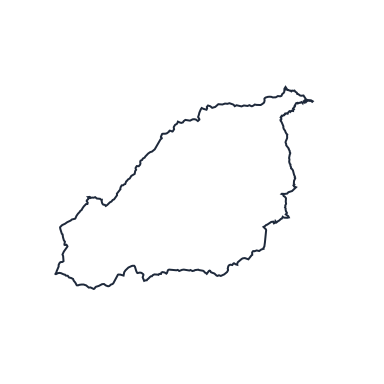 Subachoque, Cundinamarca, Colombia, rotated 210°
{"feature_id": "7082276B58958206907814", "entity_name": "Subachoque", "entity_type": "district", "adm_level": 2, "iso_a3": "COL", "parent_name": "Colombia", "parent_adm1": "Cundinamarca", "projection": "mercator", "projection_center": [-74.164, 4.965], "detail": "fine", "context": "isolated", "style": "outline", "palette": "slate", "viewbox_px": 384, "rotation_deg": 210, "n_neighbors": 0, "source": "geoboundaries", "source_scale": "gbopen_adm2", "svg_char_len": 6070}
<svg xmlns="http://www.w3.org/2000/svg" viewBox="0 0 384 384"><g transform="rotate(210 192 192)"><path d="M163.5,329.7L163.6,327.7L162.2,324.9L162.2,323.5L162.8,322.1L162.6,320.0L163.4,319.0L165.6,318.0L166.8,315.9L169.3,314.3L170.8,314.1L172.3,313.4L173.8,312.4L175.4,310.7L175.9,309.6L175.9,308.9L174.8,307.4L174.3,305.5L175.0,303.6L176.0,301.7L179.4,299.8L181.4,299.1L182.0,297.6L182.9,296.3L183.5,296.0L185.7,295.9L186.9,294.3L190.3,292.9L191.9,290.9L196.8,289.4L197.9,287.7L199.5,288.3L200.4,288.3L204.0,287.6L205.4,286.1L207.6,285.1L209.4,283.0L213.1,281.2L214.4,277.3L216.6,275.0L219.0,275.4L221.4,274.9L221.7,273.1L220.7,272.0L220.6,270.5L223.8,269.7L225.6,269.6L225.7,268.1L225.3,264.5L224.6,262.1L224.2,260.0L222.2,258.9L221.8,258.4L222.4,256.4L224.9,256.7L226.6,256.1L227.8,255.2L229.4,252.8L233.8,251.1L234.6,249.3L234.7,247.7L235.8,246.5L236.8,246.2L239.4,245.9L239.1,243.9L239.2,243.4L240.2,241.7L240.3,239.4L240.0,238.6L238.9,237.4L239.0,234.9L239.3,234.5L240.9,234.3L242.0,234.0L242.2,233.5L242.1,232.7L243.1,230.3L244.0,229.3L246.4,227.9L246.9,227.2L246.5,224.2L246.3,223.9L245.3,223.7L245.0,223.3L245.6,221.9L245.6,210.3L246.9,206.9L248.1,205.7L249.2,203.4L250.2,199.3L250.2,198.1L251.3,196.3L251.2,194.9L252.2,193.4L251.9,192.1L251.0,191.1L250.6,189.7L251.0,187.7L252.8,186.8L252.9,184.8L252.5,184.0L251.5,183.3L251.7,181.8L250.7,179.0L252.6,175.6L252.7,172.6L253.8,170.6L253.8,169.5L254.3,168.2L253.8,165.5L254.5,164.8L255.1,163.3L256.2,162.6L256.2,160.5L255.7,158.8L255.4,158.6L256.2,153.0L255.3,151.7L255.8,146.7L256.7,145.4L257.0,143.4L257.9,142.1L258.9,138.5L259.7,136.8L261.0,137.3L262.5,136.7L263.3,136.9L264.2,137.4L265.5,138.7L266.2,140.2L266.8,139.8L268.3,140.1L271.1,138.8L273.3,139.1L274.2,138.0L275.9,137.1L277.0,136.0L277.7,136.6L278.2,136.6L279.4,135.7L278.6,135.5L278.3,135.0L278.4,134.5L278.7,134.6L278.4,133.7L278.9,132.2L278.7,131.5L276.9,130.5L276.6,129.3L277.7,128.6L278.5,125.4L278.7,122.8L278.6,121.3L279.3,119.7L279.3,118.6L279.9,116.1L280.1,113.4L279.8,110.9L279.9,110.4L282.3,108.1L282.8,106.6L285.0,103.4L286.1,101.0L287.9,98.4L288.6,95.9L288.5,95.3L287.5,94.1L283.8,90.7L282.9,90.6L281.1,88.3L278.8,86.1L277.2,85.4L276.4,83.0L276.0,82.5L275.4,82.6L274.5,83.5L273.4,83.2L272.6,82.5L273.2,76.4L272.9,73.1L271.6,72.1L268.7,67.9L269.2,66.7L270.9,65.4L271.2,64.0L271.0,62.1L270.2,60.7L269.6,55.7L269.2,54.3L269.4,53.1L269.2,52.7L268.8,52.8L267.5,54.7L266.3,55.7L264.9,56.2L261.9,56.5L260.6,56.9L259.6,56.5L257.7,57.3L255.8,56.5L253.6,57.1L251.5,57.2L250.2,56.1L247.8,55.2L245.2,53.6L244.1,54.1L243.0,55.4L241.3,56.7L239.5,57.7L236.9,58.2L233.6,57.6L232.2,58.6L228.6,58.9L228.2,59.5L228.0,61.4L227.7,62.0L225.8,64.0L223.8,67.2L222.2,68.3L219.9,68.0L218.0,68.3L217.4,68.5L216.6,69.3L215.9,71.3L214.8,72.6L214.5,73.7L214.8,83.3L214.5,83.7L212.8,84.6L209.5,85.4L210.6,88.7L210.4,91.0L209.3,94.8L207.2,97.8L206.3,98.6L205.1,99.2L204.0,98.7L200.9,95.8L199.2,94.6L198.6,94.6L196.8,96.2L195.3,96.7L193.1,96.4L192.6,96.0L192.1,93.5L189.0,91.1L188.3,92.0L187.0,93.0L187.0,93.9L186.5,95.0L185.9,97.4L185.4,98.5L184.6,99.0L184.4,100.3L183.4,101.8L180.4,103.3L179.6,103.5L179.4,104.7L177.9,105.5L178.2,106.9L177.5,107.9L175.5,108.6L173.4,108.5L173.2,109.4L173.7,112.0L173.5,112.8L172.9,113.4L166.4,116.4L165.4,117.4L163.6,117.2L161.7,119.6L160.3,120.7L155.0,122.7L154.4,123.6L152.1,123.8L150.8,125.0L150.3,125.9L147.7,127.9L146.9,127.9L143.1,129.3L141.7,129.2L140.7,128.7L139.6,128.8L138.3,128.5L137.9,132.0L137.5,132.7L136.9,132.8L135.4,132.0L131.8,132.6L128.9,131.9L127.8,132.2L127.4,133.0L126.9,133.4L125.1,133.7L122.9,136.8L121.6,140.3L121.7,142.3L122.2,143.1L122.7,143.4L123.4,145.7L123.4,146.7L123.0,147.6L122.3,148.3L120.6,148.9L120.4,150.7L120.0,151.3L118.0,151.2L116.4,151.6L117.0,152.4L117.2,154.1L115.5,158.9L114.8,160.0L113.2,161.2L109.5,161.9L108.8,166.8L108.4,167.7L109.7,169.7L109.6,171.2L108.9,171.8L108.3,171.9L106.8,173.7L104.3,174.5L103.2,176.9L101.6,178.6L102.1,179.1L102.1,181.0L103.6,184.7L108.7,196.0L109.3,196.6L112.6,197.5L111.8,198.9L111.2,200.7L110.6,201.2L108.4,205.7L106.9,206.9L105.4,205.8L104.7,206.7L105.2,208.5L103.6,207.9L102.8,210.0L102.2,210.9L101.5,213.2L100.9,213.9L101.0,215.9L100.0,215.7L99.3,215.9L96.6,217.3L95.4,218.4L96.6,219.2L99.6,219.5L99.3,221.3L101.1,222.4L102.3,223.8L102.7,224.6L103.8,225.2L103.8,226.0L104.5,227.0L104.6,228.8L105.9,230.4L107.5,233.6L109.4,234.4L110.5,234.3L111.9,235.4L113.4,235.1L113.3,235.4L110.7,236.7L108.8,238.2L108.4,240.0L105.8,242.9L104.3,248.1L106.3,247.8L107.5,248.5L107.0,249.6L108.0,250.2L109.2,252.6L109.5,255.6L110.2,255.8L110.5,256.7L112.3,258.0L115.3,261.1L116.6,261.8L118.0,262.0L118.5,262.9L119.9,263.9L120.5,265.1L121.4,265.3L122.9,266.7L124.0,269.1L124.9,269.9L126.2,273.7L126.1,274.1L126.4,274.9L127.4,275.5L127.8,276.3L129.7,277.5L130.0,278.0L133.7,279.5L134.6,280.8L135.7,281.6L136.1,282.6L136.5,286.0L136.9,286.9L137.9,288.4L138.2,289.4L139.4,289.7L140.9,290.6L141.9,291.5L144.2,292.6L145.3,293.7L145.7,294.6L149.3,297.3L151.0,298.1L151.3,298.5L150.9,298.9L150.9,299.4L151.5,300.4L152.5,300.8L152.5,301.5L152.2,301.8L152.4,302.2L152.1,302.6L152.3,303.0L151.5,303.4L151.2,304.3L150.6,304.6L150.7,305.2L150.3,305.7L150.6,306.1L150.6,306.5L149.5,307.4L149.0,307.3L148.3,307.6L148.5,308.7L148.0,310.8L147.4,311.0L146.9,310.7L146.7,311.6L146.2,311.9L146.2,312.3L145.0,312.7L145.4,313.3L145.1,314.4L146.0,314.5L146.3,314.8L145.8,316.2L146.1,317.4L145.7,317.6L145.8,318.1L146.2,318.2L146.2,321.0L145.3,321.9L144.6,321.6L143.8,322.9L143.1,323.1L142.2,324.6L140.7,324.2L140.9,324.7L140.5,325.1L140.5,325.7L140.0,325.7L140.6,326.5L140.1,327.0L140.3,327.5L140.2,327.8L139.8,327.7L139.5,327.0L138.8,327.3L138.6,326.7L138.3,326.6L137.8,328.6L137.3,328.8L136.5,329.6L135.4,329.8L134.7,330.4L133.0,330.2L132.8,330.9L134.8,330.9L137.8,329.5L139.3,329.1L143.7,331.3L145.5,330.0L146.7,329.6L148.9,329.9L149.8,329.5L150.9,330.4L152.6,330.5L154.0,331.1L154.9,330.2L156.0,329.9L156.3,328.8L157.5,329.0L158.4,328.5L159.5,328.6L160.2,328.1L161.4,328.1L162.0,327.6L162.2,328.4L162.6,328.7L162.1,329.0L163.5,329.7Z" fill="none" stroke="#1e293b" stroke-width="2"/></g></svg>